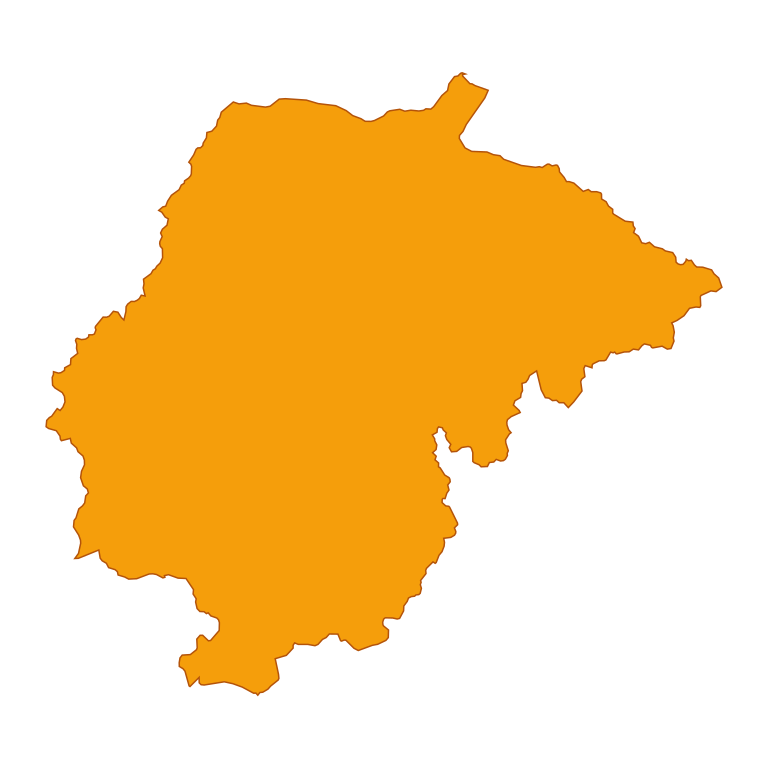 outline of Loc Binh, Lạng Sơn, Vietnam
{"feature_id": "81297802B22471082550929", "entity_name": "Loc Binh", "entity_type": "district", "adm_level": 2, "iso_a3": "VNM", "parent_name": "Vietnam", "parent_adm1": "Lạng Sơn", "projection": "mercator", "projection_center": [106.936, 21.677], "detail": "fine", "context": "isolated", "style": "filled", "palette": "amber", "viewbox_px": 768, "rotation_deg": 0, "n_neighbors": 0, "source": "geoboundaries", "source_scale": "gbopen_adm2", "svg_char_len": 6048}
<svg xmlns="http://www.w3.org/2000/svg" viewBox="0 0 768 768"><path d="M158.7,210.4L161.8,212.2L165.2,217.1L168.3,218.8L167.0,225.2L162.4,229.2L160.6,233.0L162.2,236.6L159.9,241.6L159.7,243.7L160.3,246.3L162.4,248.7L162.6,257.8L160.1,263.1L156.8,266.2L155.4,268.7L153.0,270.2L151.0,273.7L143.5,279.2L144.0,283.9L143.2,287.9L145.1,296.0L141.3,295.2L139.4,298.5L137.3,300.2L134.5,301.5L131.2,301.4L127.7,304.1L126.1,306.7L125.9,311.6L123.9,320.0L121.2,317.4L117.9,312.2L113.4,311.3L109.2,316.2L106.6,317.2L103.1,317.1L95.5,326.4L95.2,327.8L96.0,329.8L94.4,334.0L92.4,334.8L88.9,334.8L88.5,337.1L85.6,339.1L81.5,339.6L77.2,338.3L76.1,338.9L75.5,340.6L76.8,344.3L76.5,348.3L77.7,353.4L70.9,358.6L70.5,364.6L64.7,367.8L64.5,370.4L60.9,372.7L58.4,373.1L53.5,371.7L53.4,374.6L52.2,377.4L52.6,385.2L54.9,387.9L62.3,392.6L64.4,396.3L65.0,401.9L62.9,407.1L60.1,410.5L57.2,408.6L51.7,416.2L49.3,417.6L46.7,420.4L46.1,426.7L48.6,428.5L56.3,430.7L60.0,436.1L60.4,439.3L61.4,440.7L70.3,438.4L71.3,443.1L76.6,447.9L78.0,451.7L83.0,456.0L84.4,460.2L84.5,464.8L81.5,471.3L80.6,477.7L83.4,485.8L87.3,489.0L88.4,492.9L85.7,495.9L84.7,502.9L82.5,505.9L78.8,508.9L76.0,517.9L74.1,520.4L73.5,526.9L78.7,535.1L80.5,540.1L80.7,543.2L78.5,553.4L74.8,558.5L78.4,558.3L98.8,550.0L100.2,558.2L102.2,560.8L106.4,563.3L108.6,567.6L115.2,569.7L117.4,571.7L118.1,575.0L124.7,577.0L128.7,579.1L136.7,578.7L149.1,574.0L152.8,573.8L156.5,574.5L162.9,577.9L164.9,577.3L164.4,575.6L168.5,574.7L178.0,578.1L186.0,578.5L193.5,589.6L193.1,594.0L196.2,598.8L195.6,602.0L197.1,608.6L199.9,611.5L204.1,611.7L206.4,613.6L208.2,612.8L210.8,615.9L216.8,618.0L218.5,619.8L219.4,622.6L219.2,630.5L210.6,640.5L208.4,640.8L202.7,635.3L200.1,635.3L196.8,639.1L197.2,647.8L196.5,649.7L190.3,654.6L182.2,655.1L180.0,657.9L179.2,662.7L179.3,666.5L183.0,668.7L185.0,671.2L189.1,685.9L190.0,686.5L199.1,677.4L199.2,682.8L201.1,684.7L204.2,685.0L224.3,681.8L232.9,683.7L242.3,687.1L253.6,693.2L255.9,693.1L257.8,695.2L259.9,692.5L262.8,692.2L268.0,689.1L270.6,686.1L278.2,680.0L278.9,678.4L278.5,674.3L275.2,658.7L286.4,655.3L293.1,648.1L293.1,645.3L294.6,642.9L298.3,644.4L307.8,644.4L315.0,645.7L318.0,644.4L322.5,639.4L326.2,637.5L329.3,634.0L337.9,634.1L340.6,640.7L341.6,641.1L344.1,640.1L345.9,640.2L354.0,648.3L358.3,650.5L372.4,645.3L377.7,644.3L385.9,640.4L388.3,637.6L388.5,630.0L383.6,626.0L382.9,624.7L382.7,622.1L383.7,619.0L385.3,617.8L392.7,618.0L397.2,619.0L399.6,618.4L403.6,610.9L403.8,606.0L407.2,601.4L408.5,598.0L411.3,596.6L414.6,596.2L416.0,594.9L418.8,594.6L420.2,593.3L421.4,588.3L420.3,584.7L421.1,582.3L420.6,580.5L426.0,573.6L425.7,570.3L426.5,568.3L433.0,561.9L435.2,563.3L436.2,562.5L439.0,555.3L442.0,551.7L444.1,546.2L444.5,542.3L443.7,538.3L450.8,537.4L454.5,535.2L455.7,533.1L455.8,531.4L454.4,527.9L457.6,524.7L457.5,523.1L449.7,507.3L448.8,506.3L445.7,505.9L442.1,502.6L442.2,499.3L442.9,498.5L445.1,498.6L446.8,493.2L449.0,490.0L447.7,485.0L450.2,481.8L449.9,479.3L449.2,477.8L444.7,475.0L440.2,467.9L438.5,466.8L438.6,463.0L435.0,459.8L436.2,456.2L432.6,452.7L436.1,449.5L436.8,444.9L434.7,440.7L434.7,438.9L432.3,434.9L437.0,432.3L437.4,428.6L438.6,426.9L442.4,427.8L443.2,429.9L446.4,432.9L445.4,435.7L446.8,439.5L450.8,444.3L449.2,447.7L451.5,451.8L456.7,451.4L461.7,447.5L468.1,446.5L470.2,447.0L471.4,448.3L472.8,452.6L472.8,461.4L474.2,462.7L479.2,464.8L481.1,466.8L487.4,466.5L489.4,462.5L493.8,462.0L496.2,459.4L500.6,461.0L503.5,460.6L505.4,459.2L507.4,455.5L507.2,453.3L508.3,450.8L505.8,442.9L505.6,439.8L509.4,433.9L511.1,432.7L508.6,429.7L507.0,425.0L506.8,422.2L507.5,419.6L511.2,416.6L520.2,412.5L519.1,410.4L513.4,405.1L514.9,400.8L520.6,397.4L521.1,393.5L522.5,390.7L522.0,383.4L525.8,382.3L528.0,379.3L529.6,375.5L536.6,370.9L541.2,389.8L545.3,397.7L548.9,398.1L552.5,400.6L556.5,400.3L559.2,402.7L563.8,402.7L568.3,407.6L573.7,401.9L582.0,391.0L580.7,381.6L581.7,379.2L584.9,376.7L583.8,368.6L585.2,365.6L592.0,367.8L592.2,365.0L593.1,363.8L599.2,360.8L604.2,360.7L605.9,360.0L610.6,352.1L613.1,352.8L614.7,352.1L616.2,353.8L617.1,353.9L624.1,352.0L629.2,351.8L633.3,349.1L638.5,349.9L642.0,345.6L644.4,343.9L650.4,345.3L651.6,347.4L652.8,347.9L662.1,346.2L667.3,349.1L671.0,348.5L674.0,341.1L673.3,337.9L674.3,332.2L673.1,325.8L671.7,322.9L677.1,320.4L684.0,315.7L689.5,308.3L696.0,307.0L699.8,307.4L700.7,305.8L700.3,296.9L700.9,295.5L710.9,290.9L716.1,291.6L721.9,287.3L718.7,278.0L714.0,273.8L711.6,269.9L702.8,267.2L696.7,267.0L694.4,264.9L691.3,260.3L688.6,260.7L686.3,259.2L685.8,261.2L683.2,264.3L680.6,264.7L678.2,264.0L676.1,262.2L675.7,257.2L672.7,252.6L665.3,250.9L662.4,248.8L654.5,246.8L649.4,242.3L645.7,243.7L641.7,242.8L638.5,236.2L633.6,232.6L635.1,228.6L633.3,225.9L632.9,222.1L625.2,221.2L613.7,214.2L612.7,213.1L612.7,209.3L608.5,206.1L606.1,201.7L601.6,199.0L601.5,194.1L600.7,192.9L596.7,191.7L591.2,191.7L588.3,189.5L583.2,191.4L573.9,183.1L569.1,181.6L566.5,181.6L564.1,177.4L559.5,171.9L559.2,168.6L557.5,165.4L556.1,165.0L552.1,165.9L549.0,164.1L547.3,164.2L542.2,167.5L539.3,166.7L535.5,167.3L521.4,165.5L503.7,159.3L500.0,155.7L493.4,154.7L487.0,152.0L471.7,151.4L465.0,147.9L459.3,138.5L459.5,135.4L463.0,131.4L466.3,124.4L484.8,98.0L488.2,90.3L475.0,85.6L472.1,83.9L469.9,83.7L462.7,76.1L462.5,74.6L465.3,74.0L462.1,72.8L460.6,73.3L457.9,76.0L454.5,76.6L448.9,84.0L447.6,90.5L441.9,95.5L433.7,106.7L430.8,109.1L425.9,108.8L423.6,110.3L418.9,111.0L410.8,110.2L404.8,111.2L399.8,109.3L389.8,110.8L387.3,112.0L383.6,116.0L374.5,120.5L371.1,121.4L365.1,121.3L361.0,118.7L352.7,115.6L346.2,110.6L335.8,105.7L318.2,103.6L306.4,100.1L285.4,98.7L279.2,99.1L270.2,106.2L265.5,107.1L251.4,105.3L246.4,103.1L239.0,103.9L233.3,102.0L221.3,112.2L219.8,117.5L217.7,120.1L216.5,126.1L211.8,131.2L206.9,132.5L206.4,137.9L203.2,143.1L202.8,145.6L200.5,147.8L197.8,147.9L196.1,149.3L193.7,154.9L188.8,162.2L190.9,164.2L191.6,166.4L191.3,174.0L190.6,175.8L188.6,178.1L184.6,180.8L184.2,183.3L181.3,185.1L179.1,189.7L171.4,195.3L167.6,201.2L165.7,206.2L162.8,206.9L158.7,210.4Z" fill="#f59e0b" stroke="#b45309" stroke-width="1.5"/></svg>